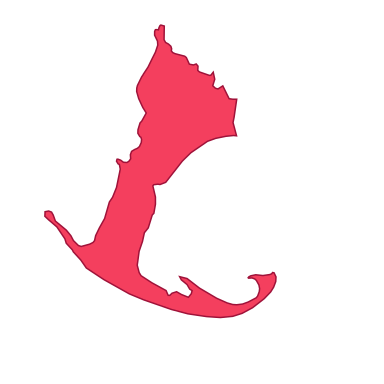 Barnstable, Massachusetts, United States of America (orthographic projection), rotated 124°
{"feature_id": "52423323B82031073374827", "entity_name": "Barnstable", "entity_type": "district", "adm_level": 2, "iso_a3": "USA", "parent_name": "United States of America", "parent_adm1": "Massachusetts", "projection": "orthographic", "projection_center": [-70.291, 41.798], "detail": "fine", "context": "isolated", "style": "filled", "palette": "rose", "viewbox_px": 384, "rotation_deg": 124, "n_neighbors": 0, "source": "geoboundaries", "source_scale": "gbopen_adm2", "svg_char_len": 2403}
<svg xmlns="http://www.w3.org/2000/svg" viewBox="0 0 384 384"><g transform="rotate(124 192 192)"><path d="M77.9,313.1L79.7,312.8L82.9,310.7L86.2,305.0L89.4,302.5L96.6,300.5L103.7,299.6L113.0,298.3L113.4,298.3L121.7,298.2L122.0,298.1L123.2,298.1L124.9,298.1L134.2,296.8L136.7,295.9L139.6,294.1L144.4,288.4L147.9,282.6L149.5,279.9L152.1,274.1L161.3,273.3L163.8,273.7L170.6,271.6L173.6,269.7L175.2,266.3L175.2,265.0L176.6,263.2L179.4,261.7L183.7,261.0L186.3,261.7L189.0,263.4L192.1,264.8L195.6,263.9L198.8,261.4L201.8,261.5L203.9,262.4L205.7,265.5L205.5,268.9L206.2,271.8L206.8,272.5L208.7,271.8L210.0,269.0L209.8,267.6L213.1,264.3L216.4,262.9L230.5,257.1L240.8,254.9L246.5,254.9L253.9,252.5L262.9,249.6L273.7,248.7L282.0,247.5L286.8,245.6L289.1,245.8L292.5,247.7L299.1,253.4L299.9,256.2L298.6,263.1L296.0,267.9L293.9,274.9L292.5,289.0L288.7,294.2L287.2,297.2L287.9,300.2L290.5,302.8L294.4,300.4L295.2,295.6L296.5,284.5L301.9,271.2L304.8,267.6L306.9,258.8L308.0,256.9L310.6,246.1L314.1,237.1L313.9,216.0L311.5,187.0L308.4,171.7L300.9,143.4L295.3,127.3L287.1,110.2L280.2,98.3L272.3,88.7L264.6,82.6L254.1,77.1L240.1,72.5L230.9,70.9L225.3,71.1L219.4,72.5L215.4,74.9L213.1,78.8L213.7,80.2L215.2,80.2L217.0,81.4L221.6,86.5L225.0,92.9L228.6,96.4L230.4,97.4L231.7,97.5L231.8,96.9L229.7,94.2L229.0,91.4L229.3,89.2L231.7,84.5L234.3,81.9L237.0,80.5L241.6,79.4L243.8,79.6L251.8,83.9L256.6,87.4L260.5,91.9L262.5,95.3L264.3,100.8L266.3,112.1L267.5,132.1L266.5,147.7L269.1,154.9L270.8,151.7L271.5,144.3L273.8,139.6L273.7,136.8L276.7,135.7L281.3,136.1L282.9,143.5L283.3,149.0L287.1,152.0L290.1,152.6L291.0,154.0L288.2,158.4L289.7,174.5L289.9,187.4L288.4,190.7L283.3,196.5L280.6,197.8L270.7,202.7L260.7,205.4L252.4,208.7L246.2,208.2L233.3,212.1L231.0,211.7L222.5,215.5L216.6,219.5L208.8,227.9L207.4,227.8L204.6,224.7L204.2,223.8L203.7,222.7L198.7,219.2L171.9,217.3L169.3,216.8L160.1,214.9L141.3,207.5L134.2,202.3L126.8,195.0L121.9,189.1L120.5,186.5L111.5,196.8L106.5,198.9L90.1,206.8L92.3,210.1L93.9,213.4L86.8,225.8L92.0,228.1L92.9,230.5L92.3,234.2L85.8,236.2L80.8,241.4L84.7,241.7L85.6,242.8L87.9,251.4L88.3,253.0L88.0,255.2L84.3,257.4L83.5,260.1L85.9,261.9L87.5,265.7L83.7,271.9L83.5,274.0L86.8,283.4L87.2,285.9L86.6,288.0L84.6,289.0L83.0,291.0L82.5,294.3L82.8,297.5L81.4,300.3L69.9,307.8L71.0,311.2L71.9,311.6L74.1,311.3L76.3,310.5L77.1,312.1L77.9,313.1Z" fill="#f43f5e" stroke="#9f1239" stroke-width="1.5"/></g></svg>